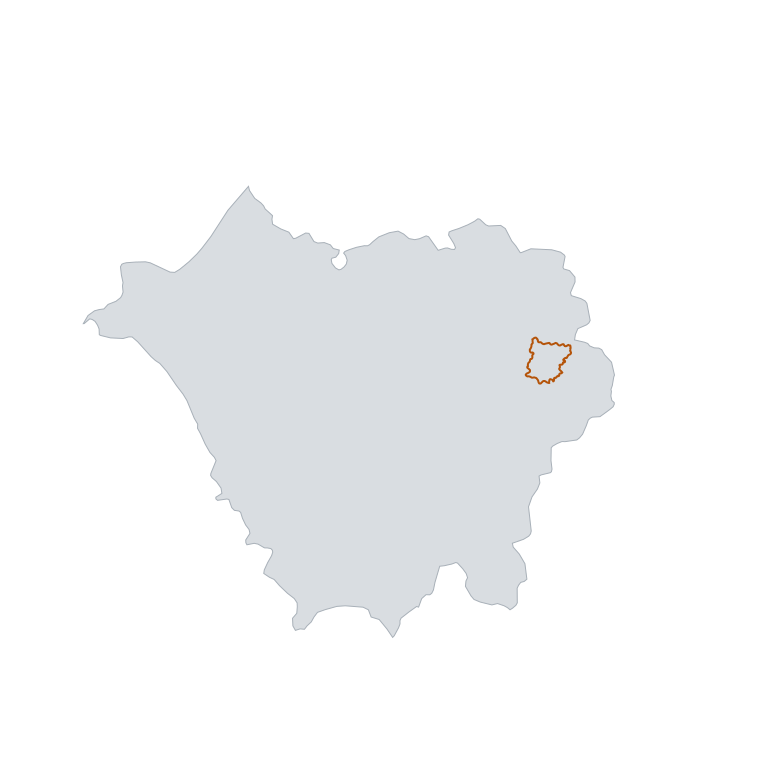 Shumilina, Vitebsk, Belarus (highlighted), rotated 52°
{"feature_id": "67162791B70451788382486", "entity_name": "Shumilina", "entity_type": "district", "adm_level": 2, "iso_a3": "BLR", "parent_name": "Belarus", "parent_adm1": "Vitebsk", "projection": "mercator", "projection_center": [29.497, 55.329], "detail": "fine", "context": "in_parent", "style": "outline", "palette": "amber", "viewbox_px": 768, "rotation_deg": 52, "n_neighbors": 0, "source": "geoboundaries", "source_scale": "gbopen_adm2", "svg_char_len": 8999}
<svg xmlns="http://www.w3.org/2000/svg" viewBox="0 0 768 768"><g transform="rotate(52 384 384)"><path d="M589.0,533.2L578.8,532.5L566.6,532.8L559.7,537.6L552.3,535.3L547.0,537.9L534.9,551.1L530.2,558.1L525.7,569.0L523.0,577.0L524.5,582.6L526.7,587.8L527.2,593.4L528.3,597.7L525.3,600.9L523.6,605.5L518.5,604.7L512.3,600.3L511.0,593.9L506.2,589.5L503.0,587.2L497.8,586.8L489.5,588.9L478.6,590.5L470.4,590.9L465.9,593.2L459.3,595.4L456.8,592.8L453.1,585.6L450.1,578.3L448.0,575.2L446.2,574.3L444.0,574.5L441.4,576.8L439.5,579.1L432.7,581.8L429.6,584.4L426.3,591.0L424.1,590.6L421.8,589.0L419.2,581.6L415.6,579.9L409.9,579.8L402.7,578.2L396.9,576.0L394.8,576.5L391.4,579.7L387.7,580.1L379.5,577.3L377.9,578.6L373.2,586.8L371.0,587.2L369.7,586.2L370.4,579.1L365.7,576.5L357.7,576.1L352.1,577.2L349.3,576.9L347.9,575.5L341.0,563.5L337.4,562.8L330.9,563.3L321.3,561.9L310.2,559.2L304.1,558.2L300.9,555.5L294.1,554.6L275.8,549.5L268.3,548.6L257.3,548.5L240.5,547.4L229.7,548.0L224.7,549.7L219.0,550.7L199.0,552.1L191.9,553.5L189.8,556.0L187.5,561.6L179.3,571.1L171.3,577.4L169.9,578.0L165.2,574.6L161.3,573.5L156.8,573.1L153.5,574.2L151.5,575.8L151.8,583.1L151.3,583.8L147.8,575.0L148.1,567.1L150.0,562.6L152.4,558.5L151.4,552.4L153.8,544.3L153.8,538.4L152.8,535.9L150.9,533.0L145.7,529.7L143.4,527.2L136.4,523.8L129.4,519.5L128.2,516.9L128.6,515.1L129.8,512.4L135.1,504.5L140.9,496.7L144.6,493.6L164.1,483.7L167.2,480.2L167.9,474.3L167.6,462.3L166.4,451.4L164.9,443.8L161.2,429.6L151.0,400.0L144.8,369.1L148.8,370.9L158.2,371.6L165.6,369.5L169.5,369.2L172.9,369.9L182.7,368.2L185.2,370.9L189.5,373.4L198.2,369.9L205.8,365.5L213.7,365.9L214.8,363.8L216.8,352.8L219.1,350.4L228.6,351.5L232.1,349.5L235.8,344.0L241.3,340.6L246.0,340.6L250.9,336.8L253.3,339.4L254.4,343.9L252.8,347.6L253.5,349.0L256.9,350.8L262.6,350.8L266.3,349.3L267.2,347.2L267.2,343.4L266.3,339.9L263.8,336.8L259.2,335.2L256.0,335.2L255.5,333.2L256.6,329.1L259.4,321.4L262.9,314.4L265.0,311.8L265.4,309.4L265.0,305.1L264.9,297.5L268.0,286.8L272.2,278.8L277.9,276.2L284.8,274.8L289.2,270.9L291.4,266.5L293.2,259.6L295.4,258.2L312.0,259.0L314.6,252.1L316.0,250.1L319.2,248.1L321.4,245.6L320.6,243.7L316.3,242.5L306.4,241.4L304.3,239.1L305.0,236.3L307.6,229.1L310.2,219.8L311.5,212.5L311.6,208.3L313.1,207.1L321.2,205.8L323.9,204.3L330.9,194.4L336.2,192.7L350.0,195.3L356.3,195.1L364.4,195.8L365.0,194.8L367.9,185.0L381.5,169.2L388.8,163.7L393.4,162.5L395.0,162.8L402.3,171.2L404.0,171.5L408.9,168.0L417.3,167.7L421.2,170.6L426.8,180.8L429.7,182.0L437.9,176.3L442.4,174.4L445.4,174.5L460.8,182.4L462.0,184.9L462.1,187.9L459.7,197.1L462.9,202.8L466.6,206.7L474.5,200.3L477.5,198.5L480.6,198.5L484.9,196.1L488.0,192.6L491.0,191.3L496.7,192.2L506.9,191.3L518.9,196.9L519.9,198.6L525.9,205.2L527.9,208.4L529.9,209.4L533.1,212.6L537.3,214.6L540.3,214.0L541.7,215.0L543.0,217.5L543.1,221.8L542.7,233.9L538.4,240.2L537.9,242.4L538.1,245.1L541.4,250.3L545.8,258.4L546.8,263.0L546.8,266.5L540.9,276.8L538.9,279.2L537.5,284.2L536.8,289.3L537.2,291.5L547.2,299.6L554.5,304.0L556.2,306.1L556.3,307.5L552.4,316.1L552.0,318.5L557.9,322.1L561.2,327.7L564.1,336.9L569.7,345.7L590.5,358.5L592.3,360.8L593.0,363.6L592.3,369.6L588.5,380.9L592.1,382.6L601.3,382.1L612.4,383.6L625.8,391.6L625.9,395.1L624.5,398.4L625.4,401.8L626.9,404.8L638.5,413.7L639.6,416.3L639.8,420.6L639.5,423.7L636.2,424.4L632.7,425.9L626.9,429.7L624.5,435.0L615.1,442.4L609.3,445.7L604.6,445.9L593.6,444.4L589.7,440.7L588.1,437.4L583.9,435.9L578.2,435.7L570.4,436.3L568.9,437.3L567.6,441.4L564.3,448.4L561.9,452.3L571.8,466.1L576.7,471.8L578.3,475.2L578.3,477.7L575.9,480.6L576.3,486.4L581.1,494.1L579.4,495.3L579.0,504.7L579.0,514.7L580.3,517.1L582.9,519.1L585.1,522.7L588.7,531.0L589.0,533.2Z" fill="#d9dde1" stroke="#a8b0b8" stroke-width="1"/><path d="M484.7,236.5L484.4,236.5L483.8,236.4L483.2,236.5L482.8,236.5L482.5,236.6L482.2,236.7L481.9,236.7L481.5,236.8L481.2,236.8L480.8,236.8L480.3,236.8L480.1,236.7L479.8,236.5L479.7,236.2L479.6,235.9L479.4,235.6L479.3,235.3L479.1,235.1L478.9,234.9L478.2,234.5L477.8,234.4L477.5,234.3L477.2,234.1L477.1,233.9L477.1,233.7L477.3,233.3L477.5,233.0L477.6,232.8L477.8,232.4L478.0,232.3L478.3,231.7L478.3,231.4L478.3,231.0L478.2,230.8L477.9,230.4L477.7,230.2L477.3,229.8L477.3,229.6L477.3,229.3L477.7,229.0L477.9,228.8L478.0,228.5L478.1,228.1L477.9,227.7L477.7,227.4L477.3,227.2L476.9,227.2L476.5,227.3L476.3,227.4L476.1,227.7L475.8,227.8L475.6,227.9L475.4,227.9L475.2,227.7L475.1,227.3L475.1,227.0L475.0,226.6L475.0,226.2L475.0,225.7L475.1,225.1L475.3,224.8L475.4,224.5L475.7,224.4L475.8,224.2L475.9,223.8L475.8,223.4L475.6,223.1L475.4,222.8L475.3,222.5L475.2,222.2L475.1,221.9L475.0,221.6L474.8,221.1L474.8,220.7L475.0,219.8L475.1,219.6L475.2,219.3L475.2,219.0L475.2,218.6L475.1,218.2L474.9,217.8L474.7,217.6L474.5,217.4L474.1,217.1L473.8,217.1L473.1,217.1L472.6,216.9L472.3,216.8L472.0,216.4L471.9,216.0L471.9,215.8L471.9,215.6L471.9,215.4L471.9,215.5L471.4,215.4L471.2,215.4L470.9,215.4L470.6,215.3L470.4,215.0L470.3,214.8L470.1,214.5L469.9,214.3L469.6,214.2L469.4,214.1L469.1,213.9L468.8,213.7L468.4,213.6L468.2,214.0L467.9,214.2L467.8,214.3L467.4,214.4L467.1,214.4L466.7,214.7L466.6,215.2L466.5,215.8L466.5,216.3L466.5,216.8L466.3,217.2L466.1,217.6L465.8,217.8L465.4,218.2L464.8,218.2L464.3,218.2L464.0,218.2L463.8,218.1L463.4,218.0L463.2,218.1L462.8,218.4L462.7,218.7L462.6,219.1L462.4,219.6L462.2,220.4L462.2,220.9L462.1,221.4L461.9,221.7L461.6,222.1L461.3,222.3L460.9,222.5L460.5,222.6L460.0,222.6L459.5,222.7L459.0,222.7L458.5,222.7L458.2,222.9L457.8,223.1L457.3,223.5L457.2,224.0L457.1,224.4L457.0,225.0L456.9,225.4L456.8,225.7L456.6,226.2L456.5,226.8L456.3,227.3L456.1,227.7L455.9,228.0L455.5,228.2L455.1,228.4L454.6,228.4L454.0,228.3L453.4,228.5L453.1,228.9L452.8,229.7L452.4,230.2L452.3,230.6L451.9,231.3L451.7,231.9L451.4,232.5L451.3,232.8L451.2,233.2L450.7,233.8L450.3,234.0L449.8,234.3L449.4,234.4L449.0,234.5L448.7,234.5L448.4,234.6L448.0,234.6L447.7,234.8L447.4,235.0L447.1,235.3L447.0,235.6L446.8,235.9L446.4,236.3L446.0,236.5L445.6,236.5L445.3,236.4L444.9,236.3L444.7,236.1L444.4,235.9L444.0,235.7L443.5,235.8L443.3,235.8L443.0,235.5L442.5,235.5L442.2,235.6L441.7,235.6L441.4,235.7L441.0,235.8L440.6,236.3L440.4,236.7L440.3,237.3L440.2,237.7L440.2,238.2L440.3,238.7L440.3,239.0L440.2,239.6L440.5,239.7L441.0,240.0L441.4,240.3L441.8,240.6L442.2,240.9L442.6,241.1L442.9,241.3L443.1,241.4L443.3,241.6L443.4,242.0L443.5,242.5L443.6,242.9L443.6,243.1L443.7,243.4L443.9,243.7L444.2,243.9L444.5,244.1L444.8,244.4L445.2,244.8L445.5,245.2L445.8,245.7L446.0,246.1L446.3,246.6L446.4,246.9L446.5,247.4L446.5,247.7L446.8,248.0L447.2,248.3L447.7,248.7L448.1,248.9L448.6,249.0L449.3,249.0L449.7,248.8L450.1,248.5L450.5,247.8L450.7,247.5L451.2,247.4L451.5,247.3L451.8,247.3L452.2,247.6L452.4,247.9L452.4,248.3L452.5,248.8L452.7,249.4L453.0,249.8L453.4,250.1L453.9,250.3L454.2,250.6L454.6,250.9L454.8,251.3L455.0,251.7L455.1,252.2L455.0,252.5L454.8,252.8L454.6,253.1L454.6,253.4L454.8,253.8L455.1,254.3L455.5,254.6L455.7,254.9L456.0,255.3L456.2,255.7L456.2,256.1L456.2,256.5L456.3,256.9L456.3,257.3L456.6,257.7L456.9,258.3L457.5,258.8L457.7,259.1L458.2,259.3L458.6,259.6L458.6,259.9L458.7,260.3L458.8,260.7L459.0,260.8L459.4,261.0L459.8,261.0L460.1,260.9L460.9,260.7L461.3,260.6L462.0,260.5L462.7,260.4L463.3,260.7L463.6,260.9L464.1,261.5L464.2,261.9L464.2,262.4L464.1,262.9L464.0,263.4L464.0,264.1L463.7,264.6L463.7,265.0L463.7,265.7L463.8,266.1L463.9,266.5L464.1,266.7L464.4,266.8L465.1,266.8L465.7,266.6L466.0,266.5L466.3,266.3L466.6,265.9L466.9,265.4L467.3,265.0L467.7,264.7L468.0,264.5L468.4,264.3L468.8,264.1L469.6,263.8L470.0,263.6L470.3,263.2L470.7,262.7L470.9,262.2L471.1,261.8L471.4,261.5L471.6,261.3L471.9,261.1L472.1,261.0L472.4,260.8L472.7,260.5L473.1,260.4L473.5,260.3L474.3,260.3L474.7,260.3L475.2,260.3L475.6,260.3L476.1,260.4L476.6,260.6L477.2,260.9L477.7,261.1L478.4,261.3L478.8,261.3L479.1,261.3L479.3,261.2L479.7,260.8L480.0,260.4L480.1,259.8L480.0,259.4L479.9,258.9L479.9,258.2L479.7,257.6L479.7,257.2L479.9,256.4L480.1,256.1L480.6,255.5L481.0,255.3L481.7,255.0L482.0,254.9L482.7,254.8L483.0,254.6L483.4,254.4L484.0,254.0L484.4,253.7L484.6,253.5L484.8,253.2L484.6,253.1L484.4,252.9L484.1,252.7L483.9,252.5L483.6,252.1L483.3,251.8L482.8,251.4L482.7,251.1L482.5,250.5L482.5,250.1L482.9,249.7L483.1,249.6L483.4,249.4L483.7,249.2L484.1,248.9L484.6,248.6L484.8,248.5L485.1,248.6L485.5,248.9L485.7,249.0L485.9,249.0L486.1,249.0L486.2,248.8L486.2,248.5L485.8,247.9L485.6,247.6L485.2,247.2L484.6,246.8L484.3,246.5L484.1,246.1L484.2,245.7L484.3,245.6L484.5,245.4L484.9,245.0L484.9,244.8L484.9,244.5L484.8,244.1L484.7,243.9L484.6,243.7L484.5,243.3L484.7,243.1L484.8,242.8L484.9,242.6L484.8,242.4L484.7,242.1L484.7,241.9L484.7,241.6L484.8,241.5L485.1,241.4L485.3,241.3L485.3,241.1L485.3,240.9L485.2,240.7L484.9,240.4L484.6,240.2L484.3,239.9L484.1,239.6L484.1,239.3L484.1,239.1L484.1,238.8L484.2,238.5L484.3,238.4L484.6,238.1L484.7,237.7L484.7,237.3L484.8,236.9L484.7,236.5Z" fill="none" stroke="#b45309" stroke-width="2"/></g></svg>